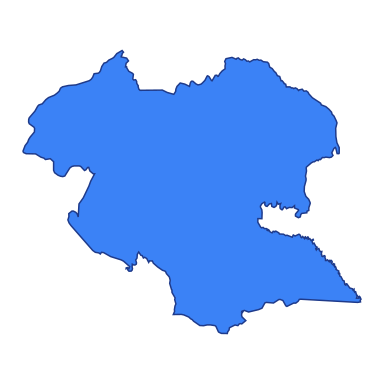 the district of Aketi, Orientale, Democratic Republic of the Congo
{"feature_id": "63176286B77771623677962", "entity_name": "Aketi", "entity_type": "district", "adm_level": 2, "iso_a3": "COD", "parent_name": "Democratic Republic of the Congo", "parent_adm1": "Orientale", "projection": "robinson", "projection_center": [24.045, 2.924], "detail": "fine", "context": "isolated", "style": "filled", "palette": "blue", "viewbox_px": 384, "rotation_deg": 0, "n_neighbors": 0, "source": "geoboundaries", "source_scale": "gbopen_adm2", "svg_char_len": 5929}
<svg xmlns="http://www.w3.org/2000/svg" viewBox="0 0 384 384"><path d="M320.6,103.2L312.3,97.7L308.8,93.8L308.1,92.3L306.3,90.9L304.0,91.2L302.2,89.2L299.2,89.9L298.6,90.5L296.9,88.6L295.3,87.9L293.7,88.6L292.8,87.9L291.6,88.0L290.0,86.9L286.3,86.9L285.7,84.2L284.1,83.6L283.9,82.8L282.1,80.7L281.1,80.8L279.7,76.5L277.4,75.7L275.7,72.5L274.5,71.7L272.2,68.6L269.7,67.1L268.7,63.5L267.4,62.2L263.3,61.7L260.9,60.1L259.2,60.3L257.2,59.3L255.6,59.8L253.7,59.7L249.7,61.9L248.4,61.0L246.9,61.2L245.3,59.7L243.6,58.9L242.3,60.0L241.3,59.9L240.0,59.4L238.3,57.9L236.8,58.4L236.1,59.2L232.0,57.4L226.0,58.7L224.7,61.4L225.5,63.7L225.0,65.9L225.1,68.8L222.2,70.9L219.9,73.5L218.3,76.3L217.8,76.4L216.8,75.2L215.2,75.4L212.1,80.8L211.5,80.6L209.1,76.7L207.7,75.8L207.1,76.1L204.9,80.4L202.5,82.9L201.1,84.1L199.1,84.7L198.0,84.9L196.1,84.0L192.8,81.2L191.6,81.2L191.0,81.7L190.3,83.0L189.5,86.4L184.8,84.1L180.2,83.0L177.0,86.4L175.9,89.1L175.6,91.5L173.8,94.3L167.3,92.5L162.4,90.1L140.0,90.3L138.9,89.2L138.1,86.6L138.3,85.9L136.7,83.3L136.7,81.7L136.3,80.8L135.6,79.7L133.7,80.0L132.8,79.0L133.4,74.3L132.5,73.3L128.8,71.3L126.8,68.0L126.6,66.8L125.5,66.9L126.1,63.3L128.5,60.9L126.6,58.1L121.2,56.9L121.2,56.1L122.0,55.1L122.2,53.5L123.5,52.2L122.1,50.5L116.8,53.6L113.9,57.3L112.5,58.3L108.8,60.1L106.5,62.4L104.0,63.1L101.8,66.5L100.4,70.9L99.2,72.6L98.2,73.2L94.1,73.7L92.7,77.2L91.2,79.3L89.3,80.7L76.0,84.9L68.4,85.5L62.5,86.8L60.5,88.2L59.2,91.2L57.3,93.0L54.4,95.2L48.5,97.6L45.8,99.7L42.3,103.8L38.8,105.0L37.7,106.2L34.9,111.2L29.3,117.7L28.7,119.3L28.6,122.0L29.2,123.7L34.0,127.2L34.6,128.5L34.4,132.0L30.3,136.9L28.7,139.4L27.7,142.2L25.1,145.6L23.0,151.1L23.5,152.5L26.1,153.7L35.6,153.9L41.0,157.2L43.9,158.1L45.4,159.5L50.3,158.7L53.6,161.7L53.6,170.3L54.6,172.7L58.0,175.2L60.4,176.2L62.8,176.6L64.8,176.0L69.8,168.0L71.8,166.5L74.2,165.9L79.2,165.9L80.7,166.4L84.5,170.5L85.8,169.9L87.6,167.5L88.7,167.4L89.9,171.0L93.2,173.8L94.6,173.8L90.7,181.2L88.9,186.1L83.3,197.8L79.0,203.9L78.2,217.0L77.3,214.1L75.8,212.3L73.4,211.1L71.9,211.1L68.8,213.6L68.9,216.6L67.9,219.9L69.1,223.0L71.0,225.6L92.7,250.4L95.3,252.3L98.8,252.9L100.3,254.0L101.5,252.3L103.6,252.6L110.7,256.6L121.2,259.9L123.6,261.2L129.7,266.6L129.0,268.5L127.6,267.5L126.2,267.9L126.1,268.7L127.3,268.2L128.0,270.2L129.0,271.2L131.2,271.1L132.1,270.2L132.5,268.6L132.1,266.9L132.3,264.2L133.8,265.0L135.0,265.0L136.3,264.1L136.5,262.8L135.7,260.0L137.0,258.1L137.3,254.4L138.7,252.0L140.9,255.3L142.2,255.6L143.4,258.0L144.7,257.3L146.7,258.5L148.7,262.4L149.5,260.9L152.4,261.0L153.3,263.1L157.6,266.9L162.5,270.3L164.8,271.0L165.8,272.0L166.4,273.6L169.3,276.9L170.2,280.2L169.7,283.4L171.5,289.5L171.9,289.9L172.0,292.5L175.1,297.9L174.7,299.6L175.9,303.9L175.0,306.0L174.4,309.7L174.6,311.4L173.3,314.5L181.4,314.4L183.8,314.9L188.7,317.0L190.8,318.9L192.2,319.6L193.6,321.2L199.8,325.5L203.6,325.7L207.2,324.9L210.3,324.9L214.9,325.6L215.9,326.3L218.4,331.8L219.0,332.3L221.4,333.4L227.3,333.5L227.7,331.8L229.0,330.1L229.5,327.7L235.0,325.0L237.9,325.6L239.2,324.0L240.2,323.6L241.8,323.9L245.8,320.6L242.1,317.0L241.6,315.5L241.7,313.5L242.8,311.9L241.7,311.8L242.0,311.2L244.3,310.4L248.6,312.0L258.6,309.6L262.0,308.2L264.9,302.9L266.3,302.4L273.5,303.0L278.9,299.5L280.3,299.5L282.9,300.5L285.8,305.8L286.9,306.4L293.6,303.1L295.8,303.1L298.1,301.3L299.3,299.4L300.6,299.2L357.7,302.4L360.5,301.9L360.2,300.4L361.0,299.2L360.1,297.1L359.3,296.3L358.5,296.7L358.8,298.2L356.5,298.2L357.3,295.4L356.6,295.2L355.6,291.7L354.9,291.5L354.6,292.0L354.1,291.2L354.0,289.2L353.0,290.0L352.5,288.8L349.8,288.0L346.8,283.8L346.2,283.8L345.8,285.1L344.8,284.5L344.1,280.9L342.9,280.4L341.0,276.7L339.7,275.9L339.7,273.5L339.5,273.2L338.7,273.8L338.3,273.1L338.8,271.1L336.0,269.4L336.2,268.4L335.5,266.6L334.8,267.0L334.4,266.5L334.5,264.1L333.6,263.7L333.1,264.8L331.7,263.5L331.4,263.0L332.2,262.2L332.1,261.4L331.3,260.4L330.7,260.4L330.3,261.5L329.4,260.6L329.1,261.6L327.4,259.8L326.2,260.6L325.5,260.5L325.5,258.8L324.9,257.6L325.1,256.6L324.7,255.7L324.1,255.6L322.9,256.6L321.8,256.0L321.9,255.1L321.3,254.3L321.8,251.5L320.6,251.7L319.5,250.5L318.9,248.6L316.7,249.2L316.3,249.9L315.7,248.6L317.2,247.2L315.9,246.5L314.0,243.1L313.0,243.8L312.2,242.1L312.1,241.1L313.4,240.0L313.1,239.3L311.0,240.5L309.9,238.7L308.2,239.2L308.5,237.7L308.2,237.1L307.5,237.0L306.6,238.5L306.2,238.5L305.4,236.8L305.0,237.0L304.5,238.6L302.7,236.5L301.7,237.7L301.1,237.4L300.2,235.1L299.0,234.2L295.1,236.0L293.3,235.0L292.2,237.2L287.0,235.2L285.7,235.6L283.5,234.2L279.4,234.0L278.9,232.9L275.8,231.1L274.7,231.9L274.0,231.3L273.0,231.4L272.5,232.7L272.0,232.8L270.2,232.0L268.8,229.9L268.0,229.5L268.0,230.6L267.1,230.3L267.0,229.0L266.6,228.6L264.4,228.6L263.1,227.4L261.6,227.8L260.7,227.2L257.8,222.2L257.9,218.6L261.9,218.7L262.1,212.6L261.8,209.7L260.5,207.3L260.4,206.1L261.9,203.7L264.4,202.1L264.9,202.4L264.8,204.8L265.9,206.1L267.1,206.4L269.4,203.9L271.4,203.5L271.8,206.4L274.0,207.4L275.8,206.4L276.6,205.1L277.0,202.2L278.3,204.2L280.7,203.5L280.0,205.2L280.0,207.6L280.3,208.6L281.7,209.7L282.4,209.7L284.2,206.9L285.3,207.0L286.5,208.7L289.3,207.4L292.1,207.6L294.5,205.7L294.5,208.0L298.4,209.6L298.5,210.4L295.6,213.9L295.4,214.9L295.5,216.1L298.4,217.7L300.3,216.9L300.8,214.5L301.8,213.4L306.8,212.8L307.0,211.2L308.8,210.5L308.8,207.8L310.2,203.5L310.1,202.5L308.7,199.3L305.9,196.4L304.2,191.5L304.4,186.5L306.0,180.6L306.1,178.9L305.5,176.1L306.5,171.0L306.2,168.2L306.4,167.1L311.3,162.9L313.3,161.8L314.3,161.8L317.0,160.0L318.1,160.7L319.3,159.4L320.5,159.6L322.4,157.5L324.3,157.6L325.8,157.1L329.5,157.6L331.4,157.1L333.0,155.5L331.8,152.9L333.9,148.5L335.2,147.4L335.8,148.2L337.1,153.6L338.8,153.7L339.2,153.2L339.2,147.6L336.9,142.7L335.9,136.6L335.7,128.2L337.0,122.9L336.2,120.7L334.0,116.1L332.1,114.2L331.5,112.1L329.0,109.3L325.8,106.6L321.3,104.9L320.6,103.2Z" fill="#3b82f6" stroke="#1e3a8a" stroke-width="1.5"/></svg>